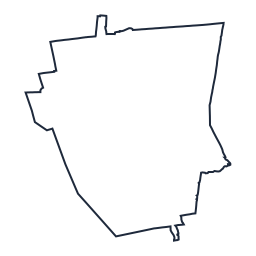 outline of Gioseni, Bacau, Romania
{"feature_id": "2599482B9784344865967", "entity_name": "Gioseni", "entity_type": "district", "adm_level": 2, "iso_a3": "ROU", "parent_name": "Romania", "parent_adm1": "Bacau", "projection": "natural_earth1", "projection_center": [27.009, 46.422], "detail": "fine", "context": "isolated", "style": "outline", "palette": "slate", "viewbox_px": 256, "rotation_deg": 0, "n_neighbors": 0, "source": "geoboundaries", "source_scale": "gbopen_adm2", "svg_char_len": 4181}
<svg xmlns="http://www.w3.org/2000/svg" viewBox="0 0 256 256"><path d="M154.1,228.4L155.3,228.3L157.8,228.0L162.3,227.4L166.1,227.0L170.5,226.4L170.6,229.5L170.6,230.2L171.6,232.2L173.6,235.1L174.3,236.9L174.5,238.1L174.0,239.7L174.0,240.6L174.5,240.5L176.9,240.1L177.3,240.1L178.1,239.8L178.6,239.6L178.7,239.0L178.5,238.3L178.5,237.7L178.6,237.3L178.6,236.8L178.5,236.1L178.3,235.7L178.1,235.4L177.5,235.2L177.3,234.9L177.3,234.4L177.7,234.1L178.4,233.9L178.4,233.5L178.4,232.9L178.1,232.1L177.9,231.1L177.9,230.7L177.7,230.1L177.3,229.3L176.9,228.5L176.6,227.5L176.2,226.7L175.3,225.6L176.4,225.4L177.7,225.1L177.9,225.1L178.2,225.0L179.1,225.0L180.0,224.9L181.2,224.8L182.2,224.7L183.8,224.5L182.8,222.7L182.0,221.8L181.8,220.9L181.5,220.0L181.4,219.5L181.3,218.9L181.4,218.1L181.3,217.4L180.7,215.8L182.9,215.4L186.2,214.8L189.7,214.3L192.5,213.7L195.4,213.4L195.7,211.0L195.9,209.2L196.1,207.3L196.3,205.1L196.4,203.6L196.6,201.3L196.9,200.7L197.0,199.5L196.5,199.1L197.1,198.6L197.2,197.1L197.2,195.6L196.9,195.4L197.6,195.0L197.8,194.2L198.1,192.4L198.4,189.8L198.7,187.0L198.9,185.2L199.1,184.1L198.6,182.9L198.9,182.6L199.4,182.5L199.6,182.0L199.8,181.1L200.0,180.5L200.1,179.9L200.3,178.2L200.6,176.1L200.9,174.3L201.1,172.7L202.6,172.4L203.8,172.6L205.0,172.7L205.6,173.3L207.7,173.1L208.5,172.0L213.0,172.0L214.5,171.0L216.9,171.4L218.5,171.5L219.8,171.2L221.1,170.1L222.1,169.1L222.6,168.9L223.2,168.1L223.6,167.4L224.1,166.7L225.0,166.2L226.5,166.4L227.6,165.8L228.1,164.7L228.0,164.1L228.4,164.1L229.0,164.9L229.2,165.3L230.3,164.8L230.4,164.0L230.2,163.3L229.7,162.7L229.0,162.1L228.4,161.4L227.6,160.5L227.1,160.1L226.4,159.8L225.9,159.6L225.5,159.2L225.2,158.7L225.1,158.3L225.0,158.0L224.8,157.8L224.7,157.7L224.8,157.7L225.2,157.4L225.5,157.2L225.0,156.1L224.7,155.5L223.9,154.2L223.0,152.3L222.6,150.7L222.3,149.5L221.5,147.6L220.3,145.0L219.0,142.5L216.7,138.3L213.5,132.2L211.7,128.4L210.0,125.2L209.9,116.2L209.6,105.2L210.5,101.7L211.1,97.3L211.8,93.9L212.2,92.2L212.5,89.9L212.8,88.8L213.1,86.7L213.9,82.7L214.9,77.8L215.7,73.0L216.2,69.1L216.5,67.2L216.8,65.3L217.0,63.4L217.2,61.3L217.5,59.1L217.6,58.1L217.7,57.0L218.0,55.1L218.3,53.9L218.6,52.8L218.9,51.4L219.1,50.1L219.3,48.7L219.5,47.4L219.7,46.0L220.0,44.5L220.2,43.2L220.4,41.6L220.6,40.5L220.8,39.8L220.8,38.8L220.8,37.4L220.8,36.8L220.9,36.6L221.4,35.8L221.5,35.4L221.6,35.1L221.6,34.6L221.8,33.3L222.0,31.9L222.1,31.0L222.2,30.0L222.3,29.6L222.6,28.4L222.7,27.8L222.8,27.4L222.9,27.0L222.9,26.7L223.1,26.2L223.3,25.1L223.4,24.8L223.4,24.7L223.5,24.3L223.5,23.8L223.5,23.6L223.6,22.9L217.4,23.5L213.4,23.9L209.8,24.3L206.7,24.6L203.3,24.9L196.5,25.4L193.0,25.6L189.6,25.9L186.2,26.1L182.8,26.4L179.4,26.6L176.0,26.8L172.5,27.1L169.1,27.3L165.7,27.6L162.3,27.8L158.9,28.1L155.5,28.3L152.1,28.6L148.6,28.8L145.2,29.1L141.8,29.3L138.4,29.6L132.9,30.0L132.9,29.6L132.2,28.9L131.0,28.3L129.1,28.2L128.0,28.7L123.5,30.7L121.9,31.1L121.7,31.1L121.4,31.1L120.3,31.4L120.1,31.0L119.7,31.0L119.3,31.3L119.3,31.9L117.6,31.9L116.1,32.1L115.0,32.5L115.0,33.5L114.8,34.1L113.3,34.0L111.9,34.0L108.9,34.0L107.9,34.0L106.5,34.1L106.4,33.5L106.3,32.7L106.3,31.8L106.1,31.0L105.8,29.9L105.5,28.8L105.3,27.9L105.3,27.3L105.3,26.7L106.0,26.5L106.1,24.8L106.2,21.3L106.3,19.9L106.4,18.5L106.4,17.8L106.4,17.2L106.3,15.9L103.4,15.6L100.3,15.4L100.1,16.3L98.8,16.2L97.6,16.2L97.6,17.6L97.2,20.5L97.0,22.2L96.9,23.7L96.7,26.1L96.3,29.7L96.0,31.9L96.0,32.2L95.8,35.2L95.7,35.8L95.5,36.4L93.8,36.5L92.1,36.7L87.8,37.0L86.5,37.2L85.9,37.2L83.8,37.5L83.4,37.5L82.9,37.6L79.6,38.1L77.7,38.4L72.3,39.0L68.5,39.5L64.4,39.9L62.3,40.2L59.8,40.5L56.9,40.8L55.5,41.0L50.3,41.9L51.2,46.1L53.4,56.2L55.1,64.6L55.3,66.0L56.3,70.7L54.1,71.0L54.2,71.8L50.1,72.3L44.7,72.9L43.2,73.1L39.4,73.8L38.8,73.9L39.6,76.7L40.3,79.2L41.7,83.5L43.1,87.7L41.5,88.6L40.4,90.3L40.4,92.1L38.7,92.1L36.9,92.2L34.9,92.2L33.0,92.3L27.9,92.4L26.5,92.5L25.6,92.5L26.4,94.8L31.9,110.8L33.1,115.5L34.9,122.1L40.0,125.6L46.9,130.3L48.1,129.9L49.5,129.5L51.2,129.0L52.4,128.6L65.4,164.3L75.7,188.4L78.0,193.7L79.8,195.7L85.9,202.5L103.5,222.3L116.0,236.4L142.8,230.8L150.9,229.1L152.2,228.8L154.1,228.4Z" fill="none" stroke="#1e293b" stroke-width="2"/></svg>